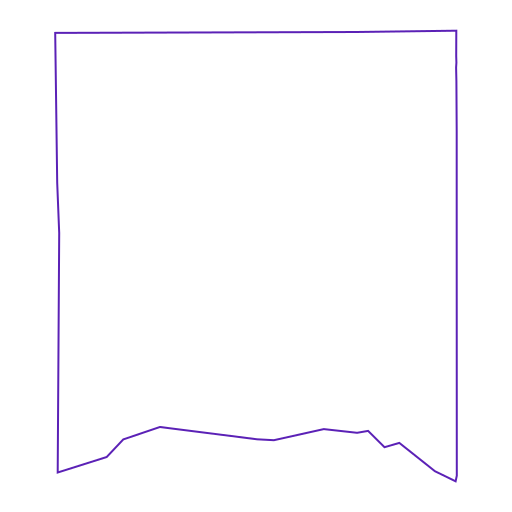 Richland, Wisconsin, United States of America
{"feature_id": "52423323B47110038275791", "entity_name": "Richland", "entity_type": "district", "adm_level": 2, "iso_a3": "USA", "parent_name": "United States of America", "parent_adm1": "Wisconsin", "projection": "orthographic", "projection_center": [-90.361, 43.36], "detail": "fine", "context": "isolated", "style": "outline", "palette": "violet", "viewbox_px": 512, "rotation_deg": 0, "n_neighbors": 0, "source": "geoboundaries", "source_scale": "gbopen_adm2", "svg_char_len": 438}
<svg xmlns="http://www.w3.org/2000/svg" viewBox="0 0 512 512"><path d="M356.7,32.0L256.2,32.3L55.2,32.9L57.2,182.7L59.2,233.0L57.7,472.5L106.7,457.0L123.3,439.4L159.9,427.0L257.1,439.3L273.9,440.2L323.8,429.1L357.1,432.8L368.1,430.9L384.5,447.2L399.3,442.9L434.9,471.2L455.6,481.3L456.8,475.7L456.7,232.5L456.7,131.8L456.4,81.3L456.1,67.5L456.4,62.7L456.2,56.2L456.3,30.7L356.7,32.0Z" fill="none" stroke="#5b21b6" stroke-width="2"/></svg>